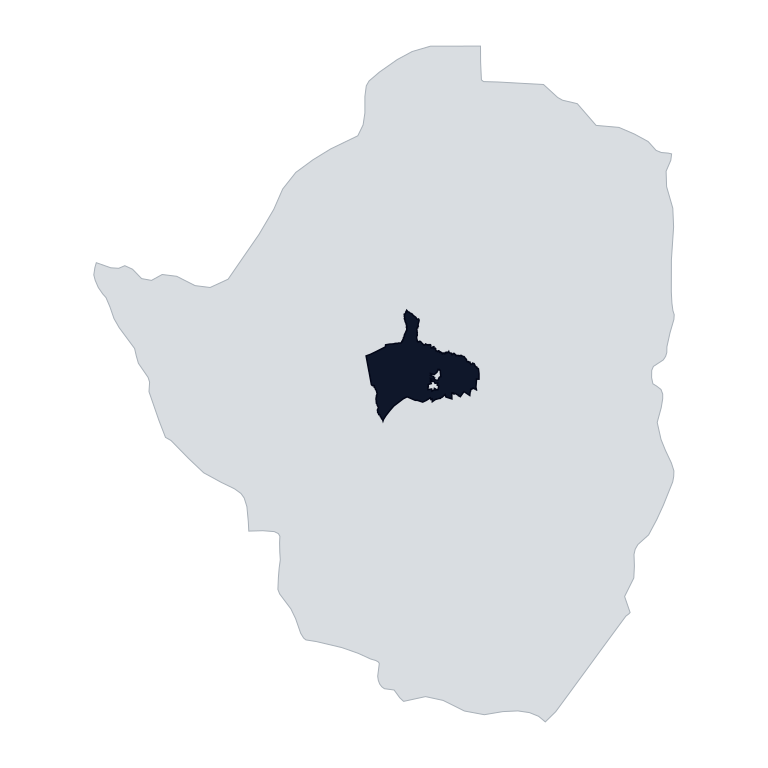 Kwekwe, Midlands, Zimbabwe (highlighted)
{"feature_id": "62879985B25079588336993", "entity_name": "Kwekwe", "entity_type": "district", "adm_level": 2, "iso_a3": "ZWE", "parent_name": "Zimbabwe", "parent_adm1": "Midlands", "projection": "equal_earth", "projection_center": [29.733, -18.821], "detail": "fine", "context": "in_parent", "style": "filled", "palette": "ink", "viewbox_px": 768, "rotation_deg": 0, "n_neighbors": 0, "source": "geoboundaries", "source_scale": "gbopen_adm2", "svg_char_len": 7997}
<svg xmlns="http://www.w3.org/2000/svg" viewBox="0 0 768 768"><path d="M545.3,721.9L538.6,716.3L529.5,712.6L517.9,710.9L502.8,711.6L484.3,714.7L464.4,711.0L443.1,700.4L425.5,696.6L404.4,701.2L403.5,701.3L399.8,697.8L394.1,690.0L384.4,688.7L381.8,686.8L379.7,684.0L378.3,680.3L377.7,676.2L379.3,663.5L378.4,662.0L375.8,660.5L370.6,659.0L357.9,653.2L341.9,647.6L316.0,641.5L305.9,639.9L303.6,638.0L300.7,633.3L295.6,618.6L290.9,608.9L279.7,594.0L277.9,589.4L278.4,577.5L279.2,567.9L280.3,559.8L279.8,552.1L279.6,542.7L279.9,536.3L278.4,533.6L274.3,531.6L262.8,530.7L248.8,531.1L248.3,521.5L246.9,506.6L244.2,498.0L241.0,493.5L234.5,488.8L221.5,482.5L203.7,472.8L188.5,458.4L171.0,440.5L165.5,437.4L159.0,420.6L149.0,391.7L149.6,382.1L148.1,377.4L138.4,363.3L136.3,355.9L134.6,348.5L119.2,327.7L114.0,318.6L110.0,307.0L106.0,297.6L102.7,293.9L98.3,287.5L95.2,280.3L93.8,274.9L94.9,267.6L96.3,262.7L110.8,267.8L118.7,268.3L124.8,265.7L132.5,269.2L141.6,278.6L151.5,280.4L162.2,274.5L176.7,276.3L195.0,285.6L210.1,287.5L228.1,279.2L244.0,256.1L259.0,234.4L273.8,209.3L282.7,189.0L295.8,172.4L313.1,159.7L330.7,148.9L357.8,135.8L363.1,124.9L364.9,113.0L364.9,96.5L366.3,85.8L369.1,80.9L373.6,77.1L379.4,72.1L397.2,59.6L412.2,51.5L430.4,46.2L450.3,46.2L469.5,46.1L480.5,46.1L480.6,62.0L481.4,79.9L483.6,81.6L498.0,82.0L521.2,83.3L543.5,84.5L557.7,97.5L562.5,100.2L577.3,103.7L596.1,125.4L618.9,127.4L634.5,134.1L648.2,141.6L656.1,150.4L661.2,152.5L668.2,153.1L671.6,153.9L670.8,160.3L666.1,171.2L666.6,186.7L672.8,208.2L673.6,226.9L671.4,259.8L671.3,291.7L671.9,303.1L672.9,310.6L674.2,314.7L673.9,319.4L670.0,332.8L666.9,346.8L666.8,352.5L665.6,356.4L663.3,359.9L653.4,366.4L651.7,370.4L651.6,377.7L652.9,383.8L656.5,386.0L661.0,389.5L662.7,394.0L662.7,398.8L661.2,407.7L657.2,422.4L661.0,439.4L665.4,450.3L671.4,463.0L673.9,470.9L673.7,476.5L672.7,481.9L663.4,505.1L656.8,519.5L648.6,534.9L637.9,544.5L635.2,549.2L634.0,554.4L634.4,566.0L633.8,578.0L624.6,596.5L630.1,612.5L628.8,613.9L625.8,616.2L612.6,634.1L599.3,652.2L589.6,665.5L578.6,680.5L566.3,697.3L555.7,711.7L545.3,721.9Z" fill="#d9dde1" stroke="#a8b0b8" stroke-width="1"/><path d="M383.0,420.9L383.5,419.4L385.9,415.6L389.9,410.5L393.8,406.0L403.2,398.8L407.1,396.8L415.2,400.3L417.2,400.3L422.7,402.1L426.3,400.4L430.4,397.8L430.9,399.5L432.1,398.9L432.3,401.7L435.4,399.5L438.7,398.6L440.2,398.4L440.1,398.1L442.3,397.1L445.0,394.5L445.9,397.0L451.9,398.9L451.7,393.0L451.9,392.7L452.8,392.8L452.7,393.3L452.8,393.5L453.3,393.7L453.8,393.7L453.9,394.0L454.1,394.0L454.2,393.4L454.8,393.8L455.4,393.6L455.5,393.7L455.8,393.6L456.8,394.4L457.1,394.5L457.3,394.7L458.2,394.9L458.2,395.4L458.4,395.8L459.1,395.9L460.3,396.7L464.0,391.6L469.8,395.5L469.9,394.9L469.8,394.2L470.0,393.5L470.0,392.7L470.7,390.7L470.6,390.2L470.7,389.8L470.7,389.2L471.9,389.2L472.2,388.4L473.3,388.4L473.3,388.1L473.8,388.2L474.2,388.8L474.4,388.9L475.8,389.1L476.4,390.0L476.5,390.0L475.9,387.1L476.3,382.6L476.5,379.0L477.9,379.2L479.0,379.2L479.0,373.7L478.4,368.8L477.8,368.3L477.0,368.4L476.9,368.2L476.9,367.3L476.5,367.3L476.0,366.6L475.7,366.6L475.0,366.0L474.6,365.4L474.9,365.1L474.5,364.6L474.3,363.9L474.1,363.6L473.8,363.6L473.1,363.3L472.6,363.1L472.2,363.6L472.1,364.1L471.4,364.3L471.0,364.5L470.9,364.2L470.5,363.8L470.5,363.5L470.2,363.0L469.9,362.1L469.5,362.2L469.2,362.0L468.9,362.0L468.4,361.6L468.1,361.9L467.6,361.6L467.3,361.8L467.1,361.7L466.5,360.4L466.5,359.7L466.3,359.4L465.9,358.8L464.6,357.5L464.5,357.1L464.1,356.6L463.5,356.6L462.5,356.1L461.8,356.1L461.5,355.5L461.0,355.7L460.4,355.4L459.5,356.0L459.0,355.6L458.4,355.8L458.2,355.4L457.7,355.4L455.9,355.8L455.7,355.4L455.8,354.9L455.6,354.5L455.1,354.3L454.6,354.4L454.4,354.2L454.3,353.5L453.5,353.4L453.1,353.5L452.9,353.8L452.7,354.4L451.9,354.8L451.7,354.7L451.6,354.0L451.2,353.1L450.9,353.0L450.1,353.2L449.8,353.1L449.1,352.5L448.8,351.6L448.7,351.8L448.2,351.9L447.1,352.8L446.7,352.3L446.1,352.9L445.8,352.9L445.6,352.4L445.4,352.4L445.1,353.0L445.0,353.7L444.9,353.9L444.2,353.8L444.1,353.7L444.0,353.2L443.8,353.0L443.4,353.1L442.5,353.9L442.4,353.9L442.3,353.1L442.1,353.1L441.9,353.2L441.6,352.5L440.9,352.3L440.5,351.9L440.2,352.1L440.0,352.6L439.8,352.6L439.7,352.3L439.7,351.9L439.4,351.3L438.8,350.7L438.3,350.8L438.1,351.5L437.9,351.7L437.6,351.7L437.3,351.3L436.7,350.9L436.1,351.0L435.9,350.7L435.6,349.7L435.7,349.0L435.7,348.7L435.2,348.2L434.8,348.5L434.2,348.5L434.3,348.1L433.9,347.7L433.9,347.4L434.0,346.7L433.9,346.6L432.9,346.9L432.4,347.3L432.0,348.1L431.4,348.1L430.9,347.8L430.8,346.5L430.8,345.5L430.5,344.7L429.7,344.6L428.8,345.1L428.2,344.6L427.9,344.6L427.5,344.9L426.4,344.6L425.9,344.0L425.6,343.9L425.4,344.1L424.7,345.1L424.3,345.2L424.0,344.9L423.7,345.0L423.4,344.8L422.6,343.6L422.1,343.5L421.6,342.7L420.5,341.5L419.9,341.3L419.3,341.3L418.9,341.5L418.6,342.0L417.5,341.7L417.3,341.4L417.3,340.6L416.8,339.0L416.6,337.1L416.6,336.4L417.2,335.7L417.3,334.9L417.1,333.5L417.3,332.4L416.8,331.8L417.1,331.2L416.7,328.9L417.0,328.1L417.7,327.9L417.8,326.7L418.0,326.3L418.3,326.2L418.1,325.4L418.1,324.2L418.9,321.5L419.1,320.4L418.9,319.4L418.6,319.0L418.3,318.9L417.6,319.3L417.2,319.1L416.8,319.1L416.5,318.7L416.1,317.7L415.7,317.2L413.2,315.4L412.2,314.0L411.9,314.0L411.1,313.4L410.6,313.4L410.3,313.2L408.9,312.0L407.9,311.9L407.6,311.3L406.7,310.3L406.5,310.9L406.1,311.3L406.1,311.7L405.8,312.0L406.0,312.5L405.9,312.8L405.7,312.9L405.6,313.2L405.1,313.5L405.0,314.1L404.2,314.3L404.5,315.2L404.3,315.9L404.3,316.5L404.7,317.2L404.6,317.9L404.7,318.3L404.3,318.7L404.3,318.8L405.0,319.8L405.1,320.1L404.9,320.8L405.1,321.0L405.4,322.1L405.9,323.1L406.1,323.3L406.1,323.6L406.5,323.8L406.2,324.5L406.7,325.6L406.5,326.3L406.9,326.8L406.4,327.3L406.4,327.5L406.8,328.0L406.7,329.7L406.9,330.1L406.4,330.7L406.4,331.1L406.1,331.1L406.0,331.4L405.7,332.1L405.6,332.8L405.2,333.1L404.9,333.9L404.6,334.3L404.7,334.7L404.4,334.9L404.2,336.1L404.4,336.4L404.3,336.8L403.9,337.1L403.7,337.3L403.5,337.5L403.4,337.7L403.5,338.6L402.9,339.4L402.8,339.9L402.7,340.9L402.5,341.2L402.4,341.2L402.1,341.0L401.8,341.3L401.8,341.7L401.8,342.2L401.3,342.6L401.1,342.6L400.7,343.1L400.2,343.3L399.5,343.0L398.5,343.0L398.1,343.1L397.4,343.6L397.0,343.4L396.8,343.5L396.4,343.3L396.1,343.4L395.7,343.3L395.0,343.6L394.6,343.5L393.4,344.1L393.0,343.8L392.3,344.1L391.4,344.0L391.1,344.2L390.3,344.0L385.6,344.8L385.4,346.9L376.1,351.6L370.3,354.4L366.1,355.9L369.0,371.6L369.2,371.9L369.2,372.5L371.4,384.6L371.6,384.9L372.4,385.6L373.1,385.7L373.5,385.4L374.0,385.7L374.4,385.7L374.4,386.0L374.2,386.7L374.2,387.2L374.8,387.5L375.1,387.9L375.5,389.4L376.2,390.1L376.4,391.0L376.9,392.1L376.8,392.6L377.2,392.8L377.2,393.5L377.4,393.8L377.3,394.1L376.9,394.3L376.9,394.8L376.5,395.4L376.3,396.2L376.7,396.5L376.5,397.2L376.1,397.7L376.0,399.4L376.2,399.7L376.1,400.1L376.5,401.2L376.2,401.8L376.4,402.1L376.4,402.8L376.3,403.1L377.2,404.4L377.3,405.5L377.7,406.0L378.5,407.8L377.5,409.5L377.4,410.4L377.7,411.0L377.6,412.1L377.7,412.5L378.3,413.1L378.6,413.9L378.7,414.6L379.7,414.8L380.1,415.5L380.4,416.7L380.7,417.0L381.3,417.3L381.5,417.5L381.4,418.3L381.5,418.6L382.5,419.6L382.8,420.2L383.0,420.9ZM432.1,378.9L431.3,381.4L434.2,381.5L435.0,383.3L437.8,383.0L437.7,383.7L437.1,385.0L438.8,386.1L437.9,389.7L436.8,389.7L435.9,389.3L435.7,389.9L435.0,389.4L434.8,389.1L435.0,388.7L434.4,388.4L434.2,389.9L432.0,391.1L431.6,389.0L428.1,389.6L427.8,387.2L428.4,387.0L428.1,384.5L431.3,383.6L431.2,383.1L430.6,382.3L430.5,381.7L430.3,381.3L430.6,379.5L430.4,379.3L430.3,378.3L432.1,378.9ZM438.0,369.4L439.3,369.4L439.4,369.9L439.7,370.2L440.3,370.3L440.4,372.8L440.8,376.6L440.5,376.6L439.2,377.4L438.1,380.0L437.2,380.4L434.3,379.5L434.5,378.2L433.9,378.5L433.9,377.8L433.6,377.7L433.6,377.0L433.6,376.6L430.8,375.7L430.6,375.6L431.7,375.0L431.8,374.7L431.0,374.5L430.9,373.9L430.4,373.8L430.4,373.4L434.2,374.6L437.0,372.2L437.2,371.4L437.4,371.0L437.8,370.8L438.0,370.4L438.0,369.4Z" fill="#0f172a" stroke="#020617" stroke-width="1.5"/></svg>